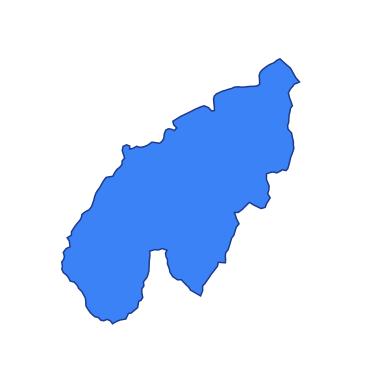 Joanópolis, São Paulo, Brazil (Natural Earth projection), rotated 136°
{"feature_id": "56859067B24440388490831", "entity_name": "Joanópolis", "entity_type": "district", "adm_level": 2, "iso_a3": "BRA", "parent_name": "Brazil", "parent_adm1": "São Paulo", "projection": "natural_earth1", "projection_center": [-46.213, -22.935], "detail": "fine", "context": "isolated", "style": "filled", "palette": "blue", "viewbox_px": 384, "rotation_deg": 136, "n_neighbors": 0, "source": "geoboundaries", "source_scale": "gbopen_adm2", "svg_char_len": 2882}
<svg xmlns="http://www.w3.org/2000/svg" viewBox="0 0 384 384"><g transform="rotate(136 192 192)"><path d="M217.2,117.9L214.7,120.1L212.5,122.9L209.7,125.0L206.3,125.3L201.4,128.0L195.5,131.3L191.8,131.9L188.7,133.7L184.4,136.0L180.3,136.4L178.7,141.6L175.7,147.7L172.9,145.2L167.8,144.5L164.9,144.6L157.9,144.7L156.6,139.6L153.8,132.1L150.0,130.1L146.5,131.8L139.8,133.5L138.7,138.2L135.3,140.1L132.4,142.7L129.8,149.2L125.8,153.3L123.1,152.2L119.7,150.1L117.8,146.9L114.5,145.8L111.5,145.2L109.5,142.1L106.9,142.3L104.0,143.9L100.9,145.8L96.7,148.5L92.2,150.6L88.3,152.7L86.4,155.5L84.3,157.5L82.0,161.3L79.4,165.3L79.3,170.4L77.1,173.4L74.2,174.9L71.3,177.5L68.9,179.8L65.8,181.7L62.8,183.9L60.0,184.2L58.3,187.6L56.5,191.8L53.8,196.4L49.3,197.8L46.3,198.0L43.6,198.6L40.7,197.3L38.2,196.5L37.9,202.4L36.6,207.3L35.1,212.7L35.6,217.6L36.0,222.4L36.2,226.7L39.2,227.7L43.5,228.1L47.5,229.7L51.1,230.5L53.7,230.8L56.5,231.1L59.8,230.7L62.9,229.1L65.1,226.2L68.5,222.6L71.1,222.9L73.9,224.9L77.3,228.0L80.6,230.5L83.4,232.8L85.8,235.7L88.7,238.0L91.7,239.0L94.5,240.6L97.3,241.9L100.0,243.4L103.2,244.5L106.2,245.6L109.2,245.5L111.7,244.1L113.9,241.5L117.0,237.5L119.3,235.0L121.6,236.7L121.5,241.3L123.4,245.6L126.8,247.3L130.6,248.7L133.7,249.8L136.3,250.5L147.3,254.2L156.6,256.2L158.5,253.0L158.5,248.7L162.1,248.5L163.1,251.3L165.1,253.9L167.9,254.7L171.4,253.2L175.1,250.1L178.6,249.3L181.5,249.6L184.2,253.2L186.2,255.7L191.1,256.4L194.9,257.8L198.5,260.3L200.1,263.4L204.1,264.4L207.0,266.2L204.9,268.3L206.3,271.4L209.8,272.7L213.3,270.4L215.1,266.8L216.9,263.2L220.6,262.9L223.3,260.4L226.9,260.0L230.4,260.4L235.0,259.4L238.0,258.3L241.5,260.8L243.8,262.2L248.2,261.4L251.8,260.4L255.5,259.2L258.9,258.7L261.7,258.0L265.0,256.4L268.7,254.1L274.6,251.2L278.4,250.7L281.4,251.6L283.9,252.1L286.8,252.3L289.3,250.5L292.3,249.5L297.2,249.1L300.7,248.5L306.3,247.2L308.8,244.7L313.6,245.8L314.3,242.0L317.8,237.3L321.8,238.7L326.5,238.0L328.6,234.2L331.2,232.6L334.3,232.1L336.8,228.6L339.2,227.0L340.5,223.5L340.0,219.3L340.3,216.2L341.5,212.7L339.3,208.8L339.4,204.6L340.5,201.3L340.4,197.0L341.5,192.9L342.4,189.7L344.8,186.7L347.4,183.7L348.2,180.6L348.9,176.3L348.9,173.1L348.5,169.6L346.6,166.9L346.6,162.9L344.9,160.7L341.5,159.3L340.2,155.9L340.7,152.4L337.1,151.6L332.7,149.9L327.8,146.6L322.1,148.8L319.9,147.2L311.5,146.6L308.5,148.7L306.4,150.4L303.9,149.5L300.7,150.3L298.0,154.5L295.4,157.2L291.9,157.8L289.3,161.1L284.2,161.8L281.7,162.8L277.7,165.3L270.6,172.1L266.5,175.4L263.5,178.8L258.8,176.4L256.4,173.6L252.8,172.1L250.4,167.4L253.6,166.4L255.6,163.4L256.7,160.3L259.6,157.3L261.5,152.9L263.7,149.2L264.6,144.6L263.5,139.0L260.6,136.3L260.7,129.6L260.5,125.9L261.2,122.4L258.0,111.3L252.9,113.6L249.7,117.0L246.5,117.2L239.7,118.5L236.3,119.3L225.3,120.9L221.9,123.2L219.1,120.0L217.2,117.9Z" fill="#3b82f6" stroke="#1e3a8a" stroke-width="1.5"/></g></svg>